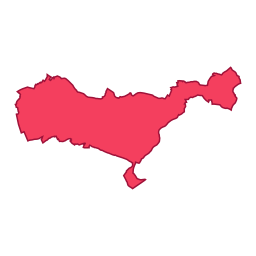 Pauleni-Ciuc, Harghita, Romania (orthographic projection)
{"feature_id": "2599482B85925505294604", "entity_name": "Pauleni-Ciuc", "entity_type": "district", "adm_level": 2, "iso_a3": "ROU", "parent_name": "Romania", "parent_adm1": "Harghita", "projection": "orthographic", "projection_center": [25.907, 46.396], "detail": "fine", "context": "isolated", "style": "filled", "palette": "rose", "viewbox_px": 256, "rotation_deg": 0, "n_neighbors": 0, "source": "geoboundaries", "source_scale": "gbopen_adm2", "svg_char_len": 5664}
<svg xmlns="http://www.w3.org/2000/svg" viewBox="0 0 256 256"><path d="M145.5,179.6L145.0,179.3L140.9,179.8L139.8,179.6L137.1,178.6L135.2,175.5L133.7,173.5L133.0,173.1L133.3,169.2L133.8,167.3L134.9,164.5L135.5,163.5L135.6,162.2L138.5,163.1L139.4,163.0L140.9,160.5L141.5,158.9L142.4,158.5L143.2,158.0L143.9,157.2L144.2,156.6L144.6,156.1L145.7,155.2L147.9,153.8L149.0,153.0L149.9,151.9L150.6,151.3L151.0,150.8L151.5,150.1L152.3,148.4L153.1,147.3L154.3,146.3L156.8,144.9L158.4,143.0L159.1,142.0L159.4,141.3L159.7,138.4L159.7,137.9L159.4,136.8L159.2,134.7L158.8,133.8L158.6,132.9L158.7,131.1L159.2,129.8L160.8,128.2L161.2,127.9L162.6,127.1L164.7,126.3L165.7,125.6L167.3,123.8L168.1,122.7L170.8,120.6L172.8,119.5L176.0,118.3L177.1,117.6L177.6,116.9L178.1,115.7L178.7,114.7L179.3,115.1L180.7,114.4L181.6,113.9L183.1,112.6L184.3,111.8L184.3,109.4L184.3,108.6L185.6,106.5L185.3,104.1L184.5,103.9L185.5,102.3L186.5,102.3L186.0,100.9L185.2,99.5L188.5,99.4L188.9,98.4L190.7,97.2L192.7,97.5L193.8,96.7L194.3,96.7L195.7,96.2L197.7,95.0L199.5,95.4L202.3,95.6L204.1,98.3L206.1,100.4L208.4,102.0L208.5,102.1L208.8,101.6L208.9,101.1L208.8,100.1L211.5,100.0L211.7,101.2L212.0,102.2L212.2,104.2L212.6,104.1L214.0,104.1L219.9,104.8L221.3,106.5L222.1,107.2L223.1,107.7L225.2,108.3L226.2,108.4L226.9,108.1L229.5,109.0L231.2,110.1L231.7,107.7L232.2,107.0L232.6,105.8L233.4,104.7L235.3,102.8L236.4,100.3L236.8,98.6L236.8,98.3L236.7,97.9L235.7,96.9L235.2,96.2L234.9,95.4L235.2,95.4L235.1,94.9L234.7,95.0L233.8,93.1L232.9,91.7L232.9,90.8L233.1,89.6L233.3,89.0L233.3,88.2L234.0,87.8L234.9,86.7L238.3,84.2L240.0,83.4L240.6,83.3L240.1,79.8L239.5,78.8L239.0,77.7L238.9,77.4L239.1,76.8L239.1,76.7L238.8,76.3L237.1,75.6L235.8,72.7L234.9,71.8L232.3,70.1L231.9,69.5L231.1,67.9L230.6,67.4L226.6,70.9L224.7,71.9L223.1,73.0L222.5,73.6L222.1,74.5L221.6,74.8L221.4,74.9L220.6,74.6L220.0,74.5L219.7,74.3L218.1,74.0L216.2,73.3L215.0,73.4L214.1,73.0L212.8,73.9L212.6,74.3L213.0,75.1L214.1,75.6L211.5,76.4L210.1,78.2L208.2,81.3L207.5,85.3L207.4,85.4L206.9,85.3L205.0,85.7L204.7,85.5L200.2,85.0L199.2,84.2L199.0,83.5L198.2,82.4L196.0,81.3L195.7,81.5L194.6,81.3L194.3,81.5L193.2,81.5L192.8,81.8L191.3,81.7L190.6,81.8L189.2,82.3L187.9,82.3L186.0,82.8L185.4,82.0L184.9,82.0L184.6,81.7L184.3,81.6L184.2,81.3L183.5,81.0L182.9,81.1L182.7,81.3L182.6,81.0L181.9,80.9L181.7,80.9L181.4,80.9L181.2,81.0L180.8,80.8L180.2,80.8L179.4,80.7L177.9,80.9L178.0,82.2L178.0,82.8L176.8,82.7L177.5,84.8L177.2,84.9L177.2,85.3L177.8,86.0L177.8,86.3L174.6,87.1L173.1,86.9L171.5,87.5L170.9,87.6L171.3,88.1L171.6,89.0L170.9,89.5L171.5,90.5L169.2,96.1L167.6,95.0L165.2,98.7L163.8,98.6L163.1,98.2L162.4,98.0L161.4,98.0L160.5,98.3L158.7,98.4L154.1,96.4L153.3,95.9L152.8,95.3L152.0,95.0L143.9,93.1L140.4,92.6L138.1,92.8L137.3,93.1L136.9,93.5L136.3,93.6L134.8,94.8L134.5,94.9L134.5,95.0L133.7,95.6L133.1,95.9L132.2,95.5L131.8,95.2L131.4,94.6L131.3,94.1L131.0,93.9L131.0,93.5L130.7,93.3L130.7,93.0L130.4,92.9L129.8,93.1L129.9,93.4L127.4,94.9L124.7,96.3L121.5,97.0L120.1,96.7L118.8,98.2L118.2,98.2L118.1,97.9L116.4,97.6L115.1,96.6L114.7,96.2L113.8,93.3L113.7,92.9L112.7,92.0L107.5,88.6L106.5,90.6L106.0,91.3L106.1,92.5L105.4,93.4L105.1,95.2L104.8,95.8L103.6,96.8L102.5,96.9L102.5,98.3L100.8,98.9L98.5,98.7L97.3,98.5L95.7,98.5L94.9,98.1L92.3,97.6L88.2,97.2L86.5,96.4L84.5,94.5L83.5,93.7L79.7,92.4L77.6,92.0L76.7,90.9L76.6,90.4L75.1,89.0L73.9,87.3L72.8,85.3L68.3,80.8L65.7,78.6L64.4,78.2L61.3,78.6L60.5,77.5L59.1,76.7L57.3,76.0L56.0,76.6L54.5,77.0L53.8,77.4L53.9,78.0L54.1,78.2L54.0,78.4L53.5,77.2L52.3,78.2L50.9,80.0L50.4,80.4L49.3,79.5L49.5,79.3L50.1,78.0L50.5,77.5L51.1,77.1L48.4,75.5L47.4,74.6L47.2,74.5L47.3,76.5L47.2,76.8L45.5,79.9L44.5,81.3L43.1,80.2L42.2,81.6L42.2,81.8L40.8,82.9L40.3,82.3L37.9,84.1L37.6,83.8L37.0,84.3L36.5,84.8L35.8,84.4L35.1,85.4L34.9,86.2L34.9,86.6L34.8,87.1L33.9,88.7L29.1,87.6L27.5,87.1L22.6,88.8L20.0,90.0L17.3,91.6L18.8,93.0L19.0,92.9L20.4,94.4L19.9,96.5L20.2,96.8L19.9,97.7L19.9,98.0L19.0,99.2L18.8,99.1L17.3,100.9L16.8,101.7L16.3,103.2L16.6,103.7L16.1,104.4L15.4,104.5L16.0,105.9L16.3,107.3L16.8,107.3L17.7,107.8L17.9,109.7L18.1,110.2L18.1,111.1L18.4,111.3L18.5,111.7L18.7,112.2L18.6,112.6L18.6,113.0L18.0,114.0L17.2,114.4L16.7,114.1L16.4,114.2L18.5,124.3L21.3,132.9L23.6,132.0L23.9,131.7L24.1,131.8L27.4,139.7L27.9,140.9L29.2,140.3L30.2,140.1L32.0,139.9L34.4,139.3L37.1,139.1L38.1,138.9L39.5,138.4L41.5,137.1L42.6,136.6L42.3,137.5L41.8,138.9L41.3,139.6L42.9,142.9L43.9,142.2L45.8,140.7L46.6,140.3L47.3,140.0L48.7,138.5L50.2,138.0L50.9,137.5L51.2,137.2L51.9,136.9L54.7,136.3L54.8,136.8L56.2,136.3L57.6,139.4L58.3,139.0L59.5,141.4L59.9,141.4L60.4,141.3L62.3,141.5L63.0,141.5L65.4,140.6L66.6,139.7L68.9,138.7L69.8,138.7L70.4,138.6L71.3,139.2L70.4,140.4L71.1,140.8L70.4,141.4L71.1,142.1L71.5,142.7L72.2,143.4L74.6,144.9L74.9,144.1L76.4,144.2L77.6,144.0L78.9,144.8L79.4,144.9L82.5,143.7L84.9,143.2L85.0,143.4L83.2,143.8L83.3,144.1L84.4,143.8L84.3,144.1L84.8,144.1L84.3,144.9L83.7,146.0L83.3,147.4L84.6,147.8L86.8,147.8L89.1,147.7L89.0,147.1L89.1,146.6L89.4,145.8L89.8,145.2L91.0,145.8L92.2,146.7L94.1,147.2L94.3,147.5L96.0,147.7L97.3,148.2L97.8,148.2L98.6,148.6L100.5,150.0L102.6,150.5L104.2,151.4L107.5,152.8L108.2,153.0L108.5,153.0L112.5,154.7L114.5,155.3L115.0,155.1L115.6,155.2L116.5,155.8L122.7,157.8L125.9,159.0L127.1,159.5L129.5,161.2L130.8,161.8L132.2,162.8L132.5,162.9L132.4,163.3L132.7,164.8L132.5,165.6L132.1,166.5L131.3,167.2L130.4,167.7L129.2,168.2L126.8,170.6L126.3,171.2L126.4,172.0L126.0,172.6L125.7,172.8L123.7,175.6L125.8,179.6L126.6,181.4L127.2,182.2L127.7,184.3L128.2,185.5L129.6,186.6L131.3,187.6L132.6,188.6L144.7,180.3L145.5,179.6Z" fill="#f43f5e" stroke="#9f1239" stroke-width="1.5"/></svg>